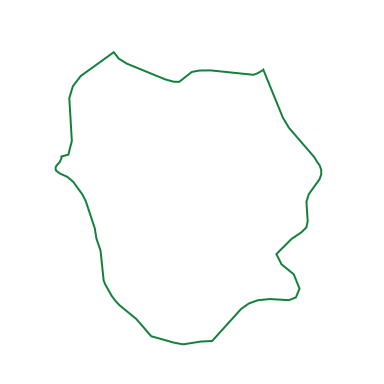 the border of Vayots Dzor, rotated 261°
{"feature_id": "ARM-1733", "entity_name": "Vayots Dzor", "entity_type": "Province", "adm_level": 1, "iso_a3": "ARM", "parent_name": "Armenia", "parent_adm1": "", "projection": "natural_earth1", "projection_center": [45.445, 39.743], "detail": "fine", "context": "isolated", "style": "outline", "palette": "green", "viewbox_px": 384, "rotation_deg": 261, "n_neighbors": 0, "source": "natural_earth", "source_scale": "10m", "svg_char_len": 1046}
<svg xmlns="http://www.w3.org/2000/svg" viewBox="0 0 384 384"><g transform="rotate(261 192 192)"><path d="M247.5,68.6L248.2,75.7L261.2,81.3L303.9,85.5L315.1,90.9L324.0,100.3L342.3,136.6L335.1,140.6L328.9,147.8L307.3,183.4L303.8,191.1L302.8,196.6L310.6,210.6L310.8,218.5L309.2,229.4L298.2,270.8L298.6,273.5L299.1,275.6L301.1,280.8L301.4,281.5L301.5,281.6L251.2,293.4L240.2,297.8L207.3,318.2L202.9,320.0L198.3,322.2L193.7,323.1L189.1,322.4L184.7,320.0L184.6,319.9L171.7,307.1L164.5,303.5L145.1,301.7L139.1,299.4L135.0,293.6L130.1,283.0L120.0,269.1L117.4,265.6L106.4,269.2L94.8,279.6L79.7,283.1L71.6,278.1L70.0,270.7L74.1,252.2L74.8,240.2L73.0,230.7L68.8,222.2L41.7,188.6L42.9,177.4L42.9,160.4L43.2,158.5L46.2,150.2L55.9,129.2L75.3,117.1L91.6,102.6L96.7,99.2L101.8,96.5L114.7,91.7L118.4,90.9L148.5,92.5L161.2,90.3L171.4,90.3L199.3,85.7L206.2,83.6L220.6,76.3L226.4,71.3L230.6,64.9L232.0,63.3L234.6,61.0L236.4,60.9L237.9,61.3L239.2,62.3L240.2,63.4L242.3,66.1L245.9,68.4L247.4,68.6L247.5,68.6Z" fill="none" stroke="#15803d" stroke-width="2"/></g></svg>